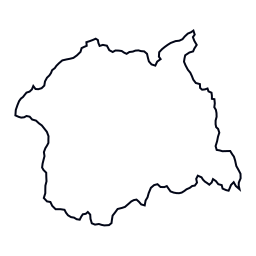 Ibertioga, Minas Gerais, Brazil
{"feature_id": "56859067B85312067308682", "entity_name": "Ibertioga", "entity_type": "district", "adm_level": 2, "iso_a3": "BRA", "parent_name": "Brazil", "parent_adm1": "Minas Gerais", "projection": "natural_earth1", "projection_center": [-43.949, -21.448], "detail": "fine", "context": "isolated", "style": "outline", "palette": "ink", "viewbox_px": 256, "rotation_deg": 0, "n_neighbors": 0, "source": "geoboundaries", "source_scale": "gbopen_adm2", "svg_char_len": 2784}
<svg xmlns="http://www.w3.org/2000/svg" viewBox="0 0 256 256"><path d="M193.4,30.6L191.1,32.2L187.8,33.6L184.7,36.5L182.5,39.2L179.3,40.7L175.6,41.1L173.2,42.0L170.6,43.0L167.6,44.9L164.7,47.0L162.0,49.2L159.2,52.2L158.9,56.7L160.6,59.1L157.2,61.6L155.3,65.6L151.5,64.4L148.9,61.4L148.0,58.1L147.0,53.8L144.2,51.4L140.9,51.1L138.5,50.4L135.4,50.6L132.8,51.6L129.4,52.0L126.6,53.8L124.2,52.7L121.7,51.0L118.7,50.6L115.4,50.5L112.7,52.0L109.3,50.2L106.9,45.7L102.9,44.9L99.6,45.9L98.4,43.0L97.9,40.1L95.7,38.7L93.0,39.9L89.8,41.1L86.4,42.2L86.7,45.8L83.9,47.0L81.6,48.1L80.5,51.9L76.9,55.4L73.4,57.9L69.8,58.8L66.6,59.4L62.3,60.4L59.0,63.2L56.4,65.8L54.8,68.1L52.1,70.2L51.0,73.0L49.4,75.4L47.0,77.7L45.0,81.4L44.3,85.6L41.6,88.2L38.3,89.2L35.5,89.0L33.3,86.0L31.9,89.4L29.6,91.6L26.5,92.6L24.7,94.8L23.0,97.0L20.9,98.6L19.1,101.1L17.5,105.0L15.8,109.9L15.4,115.4L18.8,116.9L21.2,117.6L24.1,117.3L26.5,116.0L29.7,116.7L32.1,119.5L36.0,120.6L39.0,123.4L41.8,125.4L44.1,128.3L46.9,131.9L48.5,136.2L48.4,139.7L48.4,142.9L47.0,145.6L45.4,148.1L43.9,152.1L44.5,156.1L43.6,159.6L42.6,163.6L42.1,167.5L43.5,170.0L46.2,172.7L46.3,177.0L46.5,181.3L45.4,185.6L45.3,189.9L45.3,193.2L43.8,198.0L47.0,201.4L50.4,202.0L52.2,205.8L55.6,209.2L60.5,209.2L64.5,209.8L66.0,212.7L68.0,215.3L71.0,217.1L74.0,217.6L76.6,219.2L79.7,219.7L81.2,216.7L82.8,214.3L85.8,213.8L87.8,212.0L90.2,214.6L90.5,218.9L91.8,223.3L95.0,224.6L98.9,224.0L101.7,224.9L104.3,225.4L109.0,225.1L111.5,223.1L111.9,219.9L112.6,215.6L114.9,212.7L117.6,209.0L122.0,207.9L125.0,206.9L128.6,203.8L131.3,201.4L133.8,200.1L136.5,199.6L138.9,201.7L141.2,204.4L144.7,205.4L145.6,200.5L147.5,197.4L148.7,193.1L150.9,187.8L154.1,185.1L157.5,184.2L160.5,187.0L164.3,187.1L166.8,186.1L168.3,188.3L170.5,191.4L173.7,192.6L176.5,193.1L179.1,193.2L181.7,192.6L184.3,191.0L186.5,189.3L189.7,187.9L192.2,186.0L194.8,185.6L197.0,182.6L196.2,178.9L197.8,175.7L201.5,177.3L203.0,179.7L204.9,181.6L207.2,183.1L209.3,184.7L211.7,182.5L213.0,179.1L215.9,181.1L218.3,184.2L221.7,185.1L222.6,188.6L226.1,190.1L228.6,190.7L229.8,188.0L231.0,185.0L233.7,182.2L235.8,186.0L239.5,189.2L238.7,185.6L238.8,182.6L240.6,178.3L240.5,173.8L238.8,170.5L236.3,166.0L235.1,160.4L233.9,156.6L232.3,154.4L230.2,151.0L226.2,151.1L222.4,151.2L219.6,150.4L216.7,149.9L215.6,146.1L217.1,141.2L218.0,136.7L219.3,132.7L218.1,128.9L216.2,127.2L215.6,124.3L215.6,120.6L216.6,116.8L216.5,113.1L215.9,109.9L214.3,107.2L214.8,103.4L214.4,99.2L211.9,98.8L211.9,95.7L211.5,92.7L208.5,91.4L207.5,88.5L204.9,89.4L202.1,89.7L200.1,87.9L199.9,84.1L195.8,83.0L193.3,79.7L191.9,76.1L190.3,72.7L187.9,69.8L185.6,65.5L184.0,61.7L184.5,58.4L185.2,55.3L189.4,52.5L193.1,51.4L194.3,48.6L196.7,44.9L194.3,40.8L192.9,37.1L194.7,34.6L193.4,30.6Z" fill="none" stroke="#020617" stroke-width="2"/></svg>